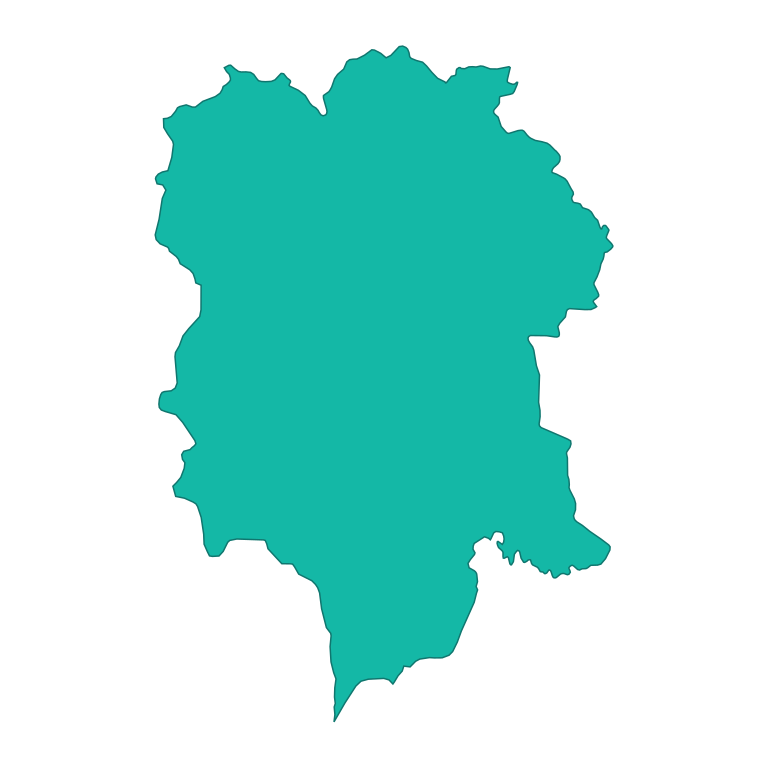 the district of Krong Nang, Đắk Lắk, Vietnam
{"feature_id": "81297802B49219208970184", "entity_name": "Krong Nang", "entity_type": "district", "adm_level": 2, "iso_a3": "VNM", "parent_name": "Vietnam", "parent_adm1": "Đắk Lắk", "projection": "robinson", "projection_center": [108.434, 12.998], "detail": "fine", "context": "isolated", "style": "filled", "palette": "teal", "viewbox_px": 768, "rotation_deg": 0, "n_neighbors": 0, "source": "geoboundaries", "source_scale": "gbopen_adm2", "svg_char_len": 6027}
<svg xmlns="http://www.w3.org/2000/svg" viewBox="0 0 768 768"><path d="M334.0,721.9L344.9,703.0L355.9,686.0L361.0,681.2L368.3,679.2L383.8,678.4L389.0,679.9L392.9,684.0L394.4,681.9L398.1,675.7L402.2,671.1L403.8,666.1L410.1,666.9L415.6,661.3L419.7,659.1L429.4,657.6L434.5,657.9L442.2,657.8L449.1,655.2L452.7,651.5L457.3,642.1L461.4,630.9L474.2,602.3L476.5,593.1L477.6,589.9L476.1,586.5L477.5,581.7L476.8,574.8L476.5,573.4L475.4,571.7L474.1,570.6L469.1,567.8L468.0,563.4L470.3,559.7L474.5,554.5L475.0,552.8L473.0,549.2L473.2,546.1L474.2,543.4L484.5,536.8L488.6,538.3L490.3,539.8L491.0,538.7L493.7,532.9L495.8,531.5L499.3,531.8L502.4,532.8L503.7,536.1L504.1,539.0L503.6,542.3L502.3,544.4L498.0,541.4L497.3,541.8L497.1,543.4L497.7,545.6L498.6,547.6L502.1,550.7L503.0,552.3L503.0,556.4L503.3,558.1L504.3,558.2L507.3,556.7L508.4,557.6L509.9,563.9L510.9,564.9L511.5,564.8L513.4,561.7L514.4,554.2L516.4,551.5L517.6,550.4L519.0,550.9L519.7,552.0L521.1,558.2L523.6,562.2L524.7,562.4L526.8,561.3L528.2,560.0L529.8,559.7L530.5,559.9L531.6,563.6L532.6,564.9L537.5,567.3L538.7,568.8L540.2,571.5L541.2,571.9L542.0,571.8L543.2,572.2L544.5,573.6L545.6,573.6L546.9,572.8L548.7,570.2L549.5,570.0L550.5,570.6L551.1,571.8L552.3,575.6L553.1,577.2L553.9,577.8L555.2,577.9L556.4,577.5L560.6,574.0L562.4,573.5L564.0,573.5L567.3,574.7L568.9,574.3L570.3,572.3L570.0,570.9L568.9,568.3L568.9,567.7L570.0,566.3L571.5,565.4L572.5,565.3L573.7,566.0L577.6,569.5L579.6,570.0L582.0,568.8L586.0,568.6L587.5,567.9L590.8,565.3L597.6,565.1L600.9,564.1L605.5,558.7L609.9,550.0L610.1,546.8L608.7,544.9L600.9,539.0L589.7,531.3L582.5,525.5L576.9,521.9L575.1,520.2L574.2,518.7L573.5,515.8L575.5,509.8L575.6,503.5L574.3,498.9L569.9,490.2L569.0,487.5L569.3,484.6L568.9,479.5L567.6,475.4L567.4,457.9L566.5,453.7L566.7,452.0L570.0,447.2L571.0,443.9L570.6,440.9L567.8,439.2L541.1,427.6L539.5,425.9L539.1,424.0L540.1,416.7L540.0,410.4L538.6,402.3L539.5,375.0L536.4,365.7L533.8,350.2L532.6,346.8L529.8,343.0L528.3,340.3L528.0,338.0L528.7,336.5L530.4,335.5L546.5,335.7L554.8,336.9L557.0,337.0L558.7,336.3L559.3,334.9L559.3,332.8L557.8,326.6L559.7,323.3L565.4,316.9L566.4,311.5L567.4,309.6L569.4,308.6L585.0,309.6L591.0,309.5L595.1,307.7L596.7,306.6L593.5,302.3L593.2,301.2L594.2,299.8L596.1,298.6L598.6,296.2L598.7,294.8L597.8,292.3L594.0,284.7L593.9,282.8L597.0,276.9L599.7,269.8L600.9,263.9L603.2,259.0L603.9,256.0L604.2,253.1L604.9,252.4L607.2,251.9L610.8,249.1L612.6,247.0L612.8,246.5L612.8,245.7L611.5,243.6L606.8,238.7L606.3,237.8L606.6,236.0L608.9,230.4L608.8,229.7L606.0,225.9L605.2,225.4L603.7,225.5L602.5,226.7L601.7,228.9L600.9,228.8L600.0,227.4L597.6,220.3L594.6,217.5L591.4,212.1L589.2,210.2L588.0,209.5L582.5,207.7L580.4,204.2L580.0,203.9L577.8,203.2L574.2,202.6L573.1,202.0L571.9,199.6L571.7,198.2L572.0,196.8L573.4,194.2L573.1,192.0L570.9,188.4L567.1,181.2L565.1,178.9L563.6,177.9L556.6,174.2L552.3,172.6L551.9,171.8L552.0,170.6L552.7,168.9L553.7,167.5L557.9,163.8L559.5,161.5L560.0,159.5L560.0,156.4L558.9,154.4L556.2,151.2L554.8,150.1L549.9,145.1L547.1,143.2L541.8,141.7L535.2,140.4L530.8,138.3L529.2,137.2L527.1,135.1L524.1,131.3L522.5,130.3L521.1,130.2L518.0,130.6L509.0,133.4L508.2,133.3L507.5,133.2L506.1,132.1L501.2,126.5L498.1,117.1L495.1,114.5L494.0,113.2L493.7,112.4L493.6,110.7L494.5,109.2L497.4,106.0L498.9,104.0L499.4,102.6L499.4,98.8L499.7,96.9L500.5,96.4L510.2,94.3L512.7,93.5L514.2,91.5L517.0,84.9L517.6,82.7L517.6,82.4L516.9,82.2L514.6,84.1L512.8,84.3L509.6,83.3L507.6,82.2L507.2,81.0L507.5,78.9L510.2,67.6L509.0,66.7L497.3,69.0L490.2,68.9L483.1,66.3L480.5,66.0L476.1,67.0L472.4,66.7L468.8,66.9L464.8,68.7L461.4,68.5L460.1,67.6L459.0,67.6L456.7,69.2L456.3,70.5L455.9,74.5L455.0,75.5L451.4,76.3L446.4,82.7L445.5,82.9L445.1,82.0L437.6,78.3L431.9,72.4L426.5,65.9L422.6,62.2L416.4,60.5L411.2,58.4L409.7,56.7L409.0,52.6L407.6,49.2L405.9,47.5L402.7,46.1L399.2,46.6L390.9,55.4L386.1,57.8L380.7,53.3L374.5,50.1L371.8,49.8L364.5,55.2L357.0,59.0L352.8,59.2L349.6,59.7L346.8,61.9L343.7,69.1L337.6,74.4L334.6,78.7L331.7,87.0L330.2,89.8L328.9,91.7L323.5,95.5L323.4,96.9L323.6,98.7L326.7,109.6L327.0,111.6L326.6,113.6L325.7,114.9L323.1,115.8L321.0,114.9L319.4,112.8L318.0,110.3L315.9,108.0L312.3,105.9L309.9,103.2L305.2,95.5L298.4,90.3L290.2,86.4L289.1,85.5L289.3,84.3L290.5,81.9L290.4,80.9L289.7,80.0L287.0,77.9L283.7,73.8L281.7,73.4L281.0,73.5L275.0,79.9L271.3,81.4L265.5,81.7L261.5,81.5L258.5,80.7L256.7,78.6L253.7,74.4L250.6,72.4L246.0,71.9L241.2,72.0L238.4,71.4L234.9,68.9L230.7,65.2L228.9,65.3L224.3,67.7L226.6,71.6L229.3,74.4L230.4,78.0L230.4,80.2L229.0,82.1L226.3,84.6L223.2,86.5L222.2,89.6L220.1,93.2L215.3,96.6L202.9,101.3L195.4,107.1L192.5,107.1L186.2,104.9L179.6,106.6L177.5,107.8L175.6,111.2L171.3,116.5L167.3,118.3L163.5,118.7L163.8,127.5L167.5,133.7L172.7,141.2L173.5,144.4L171.8,157.4L167.9,170.7L162.3,172.0L158.3,174.1L156.0,176.9L155.5,178.8L157.1,183.8L162.7,184.9L165.9,190.1L162.3,198.4L159.1,219.2L155.2,234.9L156.2,239.6L160.1,243.8L167.6,247.1L168.7,248.5L169.5,251.2L176.3,256.5L178.5,259.3L180.2,263.7L189.8,269.8L193.1,273.5L195.0,279.0L195.8,282.9L201.1,285.2L201.0,309.9L199.7,316.6L188.8,328.6L183.0,335.9L179.3,345.9L175.5,352.5L175.0,356.7L177.2,383.0L175.2,388.1L171.2,390.8L164.3,391.6L162.1,392.5L160.8,394.5L159.4,398.9L158.9,404.1L159.3,407.5L161.3,410.0L165.2,411.5L176.0,414.7L182.7,422.4L194.9,440.6L195.9,443.8L194.4,445.7L191.9,447.7L190.1,449.6L183.7,451.3L181.7,454.7L182.5,459.4L184.9,462.7L184.2,468.4L180.8,477.4L176.5,482.6L172.9,486.2L175.7,496.4L184.5,498.2L193.0,502.0L195.9,503.8L197.6,506.5L201.2,517.4L203.7,534.2L204.1,544.2L207.4,551.7L209.5,555.9L212.4,556.4L219.0,556.0L223.2,551.4L227.7,542.3L229.8,540.4L236.8,539.0L263.5,539.9L265.2,540.4L266.7,543.7L268.0,548.8L281.8,563.7L290.4,563.8L292.6,564.1L294.6,566.9L298.7,574.1L311.8,580.7L315.5,584.4L317.7,587.7L319.6,592.9L321.6,608.7L326.4,627.6L330.7,633.3L331.1,635.8L330.1,646.6L331.0,661.9L333.7,672.7L336.0,678.9L334.8,687.8L334.5,697.1L335.3,703.5L334.2,707.0L334.9,714.6L334.0,721.9Z" fill="#14b8a6" stroke="#0f766e" stroke-width="1.5"/></svg>